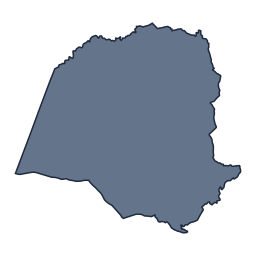 the district of Ea Sup, Đắk Lắk, Vietnam
{"feature_id": "81297802B87471755079038", "entity_name": "Ea Sup", "entity_type": "district", "adm_level": 2, "iso_a3": "VNM", "parent_name": "Vietnam", "parent_adm1": "Đắk Lắk", "projection": "robinson", "projection_center": [107.824, 13.181], "detail": "fine", "context": "isolated", "style": "filled", "palette": "slate", "viewbox_px": 256, "rotation_deg": 0, "n_neighbors": 0, "source": "geoboundaries", "source_scale": "gbopen_adm2", "svg_char_len": 5749}
<svg xmlns="http://www.w3.org/2000/svg" viewBox="0 0 256 256"><path d="M203.3,209.9L202.7,208.4L202.0,207.3L202.0,206.9L205.6,203.8L206.1,204.0L206.7,203.8L208.2,202.1L208.8,201.9L209.2,201.9L209.6,202.3L209.7,203.2L209.9,203.6L211.7,204.7L212.3,204.7L213.2,203.4L214.8,202.6L215.4,202.5L215.8,202.6L216.6,203.1L216.9,203.0L217.1,202.9L216.9,201.5L217.0,201.0L217.2,200.8L219.5,200.4L219.8,200.2L220.1,199.9L220.0,199.2L219.9,198.8L219.1,197.8L218.7,197.1L218.6,196.1L218.8,195.6L219.9,193.9L220.0,193.6L219.9,193.1L219.0,190.9L219.0,189.7L219.3,188.6L219.7,187.7L220.1,187.2L220.3,187.1L220.9,187.2L221.0,187.5L221.1,189.0L221.2,189.3L221.4,189.5L222.0,189.5L222.6,189.0L223.9,187.3L224.1,186.6L224.4,184.6L224.8,183.4L225.2,182.7L226.3,181.6L227.9,180.6L230.2,180.7L232.9,178.2L233.4,178.1L234.1,179.0L236.6,177.5L237.6,176.6L238.8,174.0L240.3,172.3L240.6,171.8L240.6,171.1L240.5,169.5L239.9,167.9L239.8,166.9L240.0,166.6L239.6,165.9L239.3,165.6L235.5,165.9L234.4,166.2L232.8,166.3L231.9,166.2L231.6,166.0L231.0,165.1L230.6,165.0L229.7,165.1L228.9,165.7L228.1,165.9L226.5,165.6L223.8,165.7L223.5,165.6L223.4,164.4L222.9,164.2L221.8,164.3L221.4,164.1L220.6,163.3L220.2,163.0L219.8,162.9L219.0,163.2L218.5,163.2L217.5,162.2L216.5,161.6L214.9,160.9L214.0,159.2L213.1,157.9L212.9,157.2L213.7,155.8L213.3,152.6L213.4,146.5L213.1,144.9L212.2,142.1L212.0,139.8L211.8,139.1L211.3,137.9L209.2,135.1L209.2,134.3L216.0,127.8L216.3,127.3L216.3,126.9L216.2,126.5L215.0,123.7L213.9,118.9L213.9,116.2L214.4,114.1L214.4,113.1L214.1,111.5L214.2,110.4L214.5,109.6L214.5,109.0L212.7,106.3L211.9,104.7L211.4,104.0L210.4,103.3L210.3,102.9L210.8,102.3L211.9,101.9L213.1,101.7L213.7,101.5L214.2,101.1L217.3,97.5L219.0,96.1L219.5,95.2L219.1,92.8L219.7,90.8L219.7,89.8L219.2,89.0L218.6,87.4L218.4,85.8L218.4,84.2L218.5,83.2L219.7,81.2L220.3,78.5L220.7,76.3L220.6,75.7L220.4,75.4L219.8,75.0L218.5,74.5L218.3,74.0L217.5,73.9L215.9,72.6L214.9,71.5L212.7,69.9L212.6,69.5L212.9,69.3L213.6,69.0L213.9,68.8L214.1,68.3L213.7,67.8L213.2,67.4L212.4,64.2L211.2,62.1L211.1,61.3L211.3,59.9L210.1,55.5L209.8,54.1L208.2,49.4L208.4,48.0L208.8,47.0L208.7,44.7L208.8,43.5L208.7,43.2L208.4,43.1L208.0,43.0L207.6,42.6L207.4,41.9L207.4,40.6L206.2,39.0L204.5,38.6L203.2,38.5L202.8,38.3L202.4,37.8L202.4,36.2L202.3,35.8L201.0,34.7L200.8,34.1L200.8,30.8L200.4,30.6L199.5,30.3L198.6,30.3L198.5,30.5L198.4,30.9L198.5,32.3L198.2,33.0L197.6,33.0L196.7,32.6L196.4,32.7L196.1,33.0L196.2,34.6L196.2,35.3L195.9,36.1L195.6,36.2L194.7,35.9L194.4,35.3L194.0,35.0L192.8,35.2L192.1,35.0L191.5,35.1L187.4,33.4L186.5,33.2L186.1,32.5L184.6,30.9L184.1,30.6L182.7,30.5L182.0,29.9L181.8,29.5L181.4,29.0L180.7,28.8L179.3,29.1L178.0,29.1L177.5,29.4L176.3,29.8L174.5,30.2L173.3,30.3L172.2,30.8L171.8,30.0L171.8,29.1L170.9,29.2L170.6,28.0L170.3,27.7L169.8,27.7L169.5,27.6L169.0,27.1L167.9,26.5L166.0,26.7L161.1,27.9L159.5,28.1L157.5,28.6L152.3,23.2L149.0,25.2L142.9,26.9L142.6,26.9L141.8,26.4L141.1,26.3L140.6,26.1L140.0,26.2L139.6,25.9L139.0,26.2L138.1,26.2L137.7,26.7L136.5,26.4L136.5,27.1L136.2,28.1L135.9,28.4L134.9,29.1L135.0,30.0L135.4,30.7L135.9,32.1L135.9,32.4L135.8,32.5L135.1,32.7L134.2,31.9L133.9,31.9L133.4,32.2L132.8,32.1L132.6,32.2L131.7,33.2L130.8,33.8L130.1,35.1L129.6,35.2L129.2,35.4L127.9,35.5L127.4,36.2L126.2,36.4L125.7,36.7L125.5,37.0L125.4,37.6L124.9,38.0L124.0,38.2L123.0,38.0L122.5,38.2L121.8,39.7L121.2,40.4L120.5,39.8L120.1,39.2L120.1,38.5L120.6,37.3L120.5,37.0L120.3,36.9L120.0,37.0L118.9,38.1L117.4,38.5L116.9,38.5L116.3,38.1L115.8,38.1L115.6,38.5L115.7,39.6L115.6,40.3L115.1,40.8L114.5,41.1L112.8,40.5L111.6,40.7L111.1,40.7L110.6,40.4L110.2,39.7L109.6,39.3L109.3,39.2L108.6,39.3L106.8,39.8L106.3,39.7L105.1,38.9L104.6,38.3L103.1,38.3L102.5,38.1L102.3,37.7L102.0,36.7L101.6,36.1L101.2,35.9L100.2,36.0L99.6,36.3L99.3,36.7L99.3,37.5L99.1,37.7L98.7,37.9L98.2,38.0L98.0,37.8L97.5,37.0L96.9,36.2L96.4,35.7L95.7,35.5L92.5,36.6L91.3,37.6L90.5,38.7L90.0,39.9L89.8,41.2L89.7,41.7L89.5,41.8L89.2,41.7L88.8,41.4L88.4,40.9L88.1,40.8L87.6,41.1L87.4,41.5L86.7,42.2L83.7,43.8L83.2,44.4L82.5,47.1L81.9,47.7L81.4,47.8L80.7,47.3L80.2,47.2L79.4,47.1L78.6,47.3L78.2,47.5L77.4,48.3L76.5,49.0L75.6,50.5L75.2,50.9L73.6,50.9L73.2,51.0L73.0,51.3L73.0,52.0L73.4,55.5L73.1,57.7L72.7,58.3L72.2,58.3L71.8,58.2L69.8,56.8L69.3,56.8L69.0,57.3L68.8,59.7L68.6,59.9L68.2,60.1L65.8,60.2L65.0,60.7L64.8,61.7L64.8,63.3L64.7,63.5L64.4,63.6L64.1,63.7L63.0,63.3L62.5,63.5L61.3,64.3L59.8,64.6L59.2,64.9L58.9,65.2L58.6,66.5L58.7,66.8L58.4,67.0L54.9,68.7L50.4,79.9L40.4,106.5L30.6,133.1L15.4,173.5L18.4,174.3L20.1,174.4L25.5,173.4L32.4,172.2L35.7,172.4L51.6,177.2L55.8,177.5L57.8,178.0L61.1,179.2L62.5,179.3L66.5,178.7L68.0,179.6L69.8,180.1L73.3,180.6L74.9,181.1L77.3,181.3L80.9,181.1L82.7,180.6L84.9,180.3L88.7,180.3L89.6,181.8L92.6,185.1L95.4,187.6L100.8,193.2L101.5,194.1L102.2,195.3L104.5,199.8L105.7,201.1L107.7,202.8L110.1,204.4L111.8,205.2L120.9,215.4L121.7,217.1L122.7,217.6L123.2,218.4L136.2,214.2L139.5,214.2L141.5,214.5L142.9,215.0L144.3,215.8L145.2,216.0L147.8,216.1L151.5,216.6L154.5,215.1L155.1,215.1L155.0,216.6L157.2,219.0L158.4,221.6L159.7,222.0L160.7,221.9L161.5,221.5L162.6,221.6L164.5,222.0L165.3,222.7L166.8,222.0L167.1,221.9L167.5,222.1L169.7,224.9L171.5,227.9L173.9,229.5L177.5,231.1L179.7,231.6L182.0,232.5L183.6,232.8L186.4,232.6L187.5,231.9L187.5,231.5L186.9,230.9L186.2,230.8L185.3,230.3L184.5,229.5L183.9,229.6L183.5,229.5L182.8,228.9L182.6,228.9L182.3,229.3L182.0,229.3L181.7,228.4L181.3,228.2L181.2,228.0L181.6,227.1L181.4,226.6L180.9,225.4L181.0,225.1L181.7,225.2L182.2,225.6L182.8,226.5L183.4,226.6L184.4,226.1L185.3,224.8L185.7,224.7L187.4,224.9L189.4,223.3L190.9,222.5L191.7,222.2L193.1,222.0L197.2,220.3L198.0,219.1L200.5,214.4L203.3,209.9Z" fill="#64748b" stroke="#1e293b" stroke-width="1.5"/></svg>